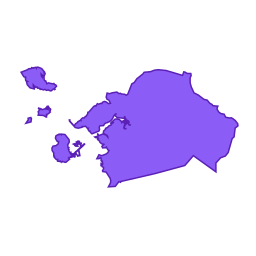 Nett, Pohnpei, Federated States of Micronesia (Mercator projection), rotated 273°
{"feature_id": "79324940B16225653054825", "entity_name": "Nett", "entity_type": "district", "adm_level": 2, "iso_a3": "FSM", "parent_name": "Federated States of Micronesia", "parent_adm1": "Pohnpei", "projection": "mercator", "projection_center": [158.226, 6.943], "detail": "fine", "context": "isolated", "style": "filled", "palette": "violet", "viewbox_px": 256, "rotation_deg": 273, "n_neighbors": 0, "source": "geoboundaries", "source_scale": "gbopen_adm2", "svg_char_len": 5786}
<svg xmlns="http://www.w3.org/2000/svg" viewBox="0 0 256 256"><g transform="rotate(273 128 128)"><path d="M88.8,218.1L97.6,217.6L103.1,222.0L105.1,226.7L108.7,229.3L122.9,232.6L124.7,234.4L133.5,235.0L135.9,237.7L138.1,237.3L141.1,234.7L143.0,231.9L143.6,230.7L143.3,228.9L143.9,224.9L146.8,223.3L147.3,220.0L148.6,217.9L151.2,216.1L152.6,215.9L154.5,216.6L154.7,211.6L155.9,210.7L157.0,208.4L160.0,205.6L160.6,202.3L164.6,196.5L166.5,192.1L172.4,189.0L176.4,187.7L181.4,187.4L183.5,188.3L185.7,187.9L185.6,184.1L186.8,182.1L187.0,180.8L183.4,179.7L187.4,163.1L187.8,155.2L187.1,151.3L185.4,147.5L184.5,141.2L182.7,140.0L177.6,134.2L173.8,131.9L172.3,129.5L161.7,126.0L160.6,124.4L161.5,123.0L161.6,119.7L162.3,118.5L161.9,117.1L163.3,115.0L162.3,110.3L161.3,107.8L161.8,105.3L157.7,104.6L155.8,105.4L154.7,107.5L151.8,109.2L151.3,107.3L153.0,104.6L153.3,103.0L152.3,101.1L151.1,100.7L151.2,99.5L150.2,97.3L150.7,96.1L148.2,94.8L148.6,94.2L147.8,92.7L141.9,88.1L141.6,87.1L139.8,86.9L137.3,85.4L137.3,84.8L135.7,83.6L135.8,82.4L134.9,81.2L133.8,80.4L133.0,80.6L133.2,80.0L131.7,77.6L130.7,77.0L129.4,75.3L127.3,74.1L131.8,69.6L133.0,69.5L133.0,69.0L131.8,69.2L125.7,75.3L125.2,78.3L126.1,81.4L126.9,82.1L126.5,82.3L127.0,83.3L126.5,83.4L127.1,83.4L127.5,85.6L125.8,87.2L125.7,88.3L125.1,87.9L123.4,88.8L122.7,89.6L122.9,90.1L121.6,90.7L120.3,92.3L123.4,99.1L125.1,99.7L127.4,99.2L128.7,99.8L129.1,103.5L130.7,104.2L132.0,105.7L132.1,106.8L134.3,110.4L136.6,112.1L139.4,113.2L140.9,114.4L141.5,115.4L142.1,115.6L141.4,115.4L140.7,114.4L139.8,114.3L137.9,116.6L137.5,122.8L136.8,124.6L137.5,125.0L138.1,124.3L138.9,123.9L139.6,124.3L138.6,124.2L137.5,125.1L136.8,124.7L134.7,128.4L133.8,128.8L132.9,128.2L131.9,128.4L131.0,130.7L131.1,128.9L131.7,128.4L132.6,127.8L133.6,128.3L134.5,128.1L132.1,126.1L133.2,126.2L133.2,125.2L132.4,124.8L131.3,124.9L127.8,124.1L127.1,125.6L126.9,125.2L127.5,124.1L127.1,124.0L128.2,123.8L132.8,124.8L133.1,125.0L133.5,126.0L134.4,126.4L135.5,126.0L135.5,125.0L134.7,124.8L134.0,124.1L134.6,124.6L135.4,124.1L134.5,122.2L134.0,122.2L133.8,123.8L132.0,124.1L133.4,123.8L133.9,122.2L133.0,121.5L134.6,120.7L136.1,118.7L136.4,115.7L136.1,114.4L132.5,111.0L131.8,111.9L133.1,113.6L131.6,111.9L131.3,111.1L132.7,110.1L131.0,111.0L130.0,110.9L129.3,109.0L127.6,107.6L126.5,105.6L125.4,105.5L123.7,103.8L121.7,103.6L120.9,104.4L119.7,107.2L118.6,108.2L117.8,108.3L119.9,106.5L120.3,104.5L120.9,103.8L119.0,99.4L121.0,97.7L118.4,98.7L117.3,95.3L116.7,96.2L116.8,98.3L116.2,99.0L115.7,99.3L116.7,98.2L116.3,97.9L115.5,98.7L114.8,98.3L114.1,99.7L112.2,100.8L110.9,102.4L110.4,104.7L108.3,102.9L106.8,103.7L107.1,106.7L107.8,107.4L105.2,109.0L104.5,110.2L102.2,109.0L100.8,107.3L99.0,103.2L99.8,100.4L95.7,98.5L95.9,100.8L97.0,102.1L96.4,102.8L94.0,102.8L93.5,103.2L93.6,104.1L91.4,104.5L91.6,103.4L91.3,104.2L90.7,104.3L90.4,103.8L91.0,103.6L91.1,104.2L91.3,103.0L89.0,103.0L89.0,103.4L90.3,103.1L90.1,104.4L89.0,103.8L88.0,104.2L87.4,105.6L85.7,105.7L84.2,104.8L83.2,105.0L82.8,108.5L76.8,112.8L74.6,113.5L72.3,113.4L68.2,111.5L69.0,118.3L73.9,121.7L73.4,123.4L74.2,123.6L84.0,157.7L93.5,186.7L103.8,194.7L88.8,218.1ZM180.9,24.5L178.1,18.3L173.8,21.2L173.2,22.9L173.9,23.7L172.8,22.8L170.0,23.4L169.2,25.3L168.7,24.3L166.0,25.1L163.0,28.0L162.1,32.4L162.9,32.5L164.5,31.3L166.0,31.2L165.0,32.0L165.0,32.6L163.8,33.3L164.2,35.1L163.1,35.5L163.1,37.1L162.0,38.3L162.4,38.7L161.6,41.6L162.2,42.9L161.3,44.7L161.8,46.2L161.0,48.6L161.2,49.6L163.0,51.3L163.2,52.2L162.5,52.5L162.8,53.1L163.8,52.6L166.0,54.5L167.3,53.6L167.4,52.6L168.6,51.6L168.1,50.9L168.9,46.1L168.0,44.6L170.7,43.4L170.8,42.4L172.0,41.7L174.2,41.5L174.9,40.0L174.1,39.9L175.3,38.8L177.3,38.5L176.0,39.9L176.4,41.3L175.5,41.6L177.9,42.4L179.1,41.9L178.9,41.3L179.9,41.4L182.9,38.6L184.1,34.8L183.7,33.6L182.9,33.4L183.8,32.9L183.3,30.8L182.8,30.7L182.8,28.8L183.1,29.4L183.3,28.7L182.2,28.0L182.0,25.8L180.9,24.5ZM109.9,85.1L107.1,82.3L109.3,81.0L109.4,82.0L111.1,82.3L109.5,81.8L109.5,80.9L112.1,80.2L112.4,78.8L112.0,78.2L112.0,80.0L110.4,80.2L111.3,79.5L111.1,78.2L110.7,77.2L109.2,76.4L109.3,75.5L108.8,76.3L109.5,75.2L109.1,74.4L108.3,76.4L107.9,76.4L108.1,75.2L107.1,76.9L107.2,79.2L107.4,77.2L109.0,76.4L110.2,77.2L110.1,77.6L110.6,77.5L110.7,78.6L109.8,79.1L108.3,77.8L107.9,78.5L108.3,78.3L109.3,78.9L109.4,79.7L110.7,78.9L111.0,79.3L108.4,81.5L106.8,82.1L106.8,81.5L105.7,81.2L99.6,75.3L99.3,74.0L98.1,73.9L97.7,73.4L100.2,72.4L99.2,72.1L102.4,70.0L103.4,70.2L103.6,69.6L105.3,70.0L105.2,69.2L108.0,68.7L110.9,70.1L113.4,69.7L118.2,65.4L118.4,62.2L117.8,61.8L118.3,61.6L118.3,59.6L117.7,59.4L117.8,58.7L116.6,56.6L115.0,56.1L113.6,56.2L110.8,58.1L110.8,59.4L108.6,59.2L106.6,57.0L106.0,54.1L104.0,53.1L101.5,53.4L99.3,55.1L96.5,55.3L95.8,56.0L95.3,55.6L93.3,57.4L92.4,58.9L92.7,59.4L91.2,59.4L91.0,61.6L91.5,61.9L90.6,62.8L90.9,63.6L90.5,63.8L91.2,64.3L90.4,67.0L90.6,67.9L93.8,71.3L94.9,70.2L95.4,70.8L95.7,72.3L96.3,72.2L96.7,73.3L95.5,74.0L97.0,73.5L97.3,73.8L96.2,76.0L96.5,76.6L97.2,76.0L97.8,76.4L97.0,74.6L97.9,74.5L99.2,76.4L100.2,76.6L99.3,77.0L98.5,76.7L98.6,76.2L98.1,76.5L98.5,77.0L99.8,77.2L98.6,77.9L98.6,78.4L100.6,76.9L103.4,79.7L98.3,81.1L98.0,79.1L97.3,79.2L97.9,81.4L103.8,80.0L107.9,84.1L109.6,85.5L109.9,85.1ZM142.8,37.6L141.7,38.9L139.5,37.4L138.1,38.0L136.1,37.6L136.1,42.8L134.6,45.8L134.8,46.1L135.7,45.6L136.2,46.3L137.2,45.9L138.2,47.9L139.8,49.5L140.1,49.0L141.0,49.3L141.5,48.7L141.4,50.2L141.6,49.4L142.7,49.8L143.2,49.3L144.1,46.6L144.5,47.9L145.6,47.2L145.4,46.1L144.3,45.5L142.9,45.9L143.3,47.0L142.5,47.2L142.5,46.0L143.8,45.1L143.2,44.4L142.4,45.4L142.9,44.3L141.8,41.3L142.8,39.9L142.2,39.4L143.3,37.9L142.8,37.6ZM132.3,31.1L133.4,30.4L132.5,27.7L131.1,28.0L127.4,25.8L129.0,30.8L132.3,31.1Z" fill="#8b5cf6" stroke="#5b21b6" stroke-width="1.5"/></g></svg>